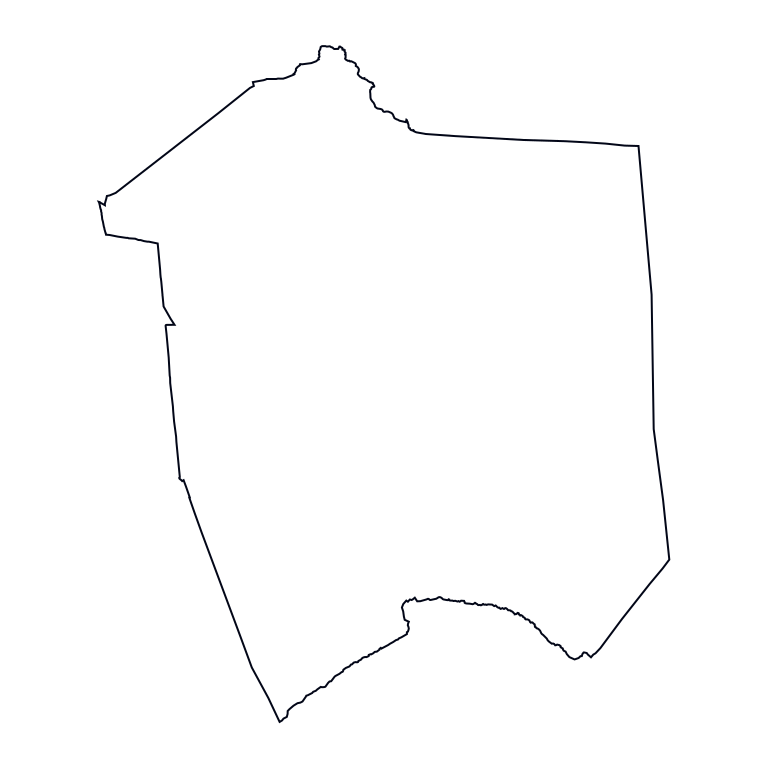 Jurilovca, Tulcea, Romania
{"feature_id": "2599482B31107458884673", "entity_name": "Jurilovca", "entity_type": "district", "adm_level": 2, "iso_a3": "ROU", "parent_name": "Romania", "parent_adm1": "Tulcea", "projection": "albers", "projection_center": [28.891, 44.764], "detail": "fine", "context": "isolated", "style": "outline", "palette": "ink", "viewbox_px": 768, "rotation_deg": 0, "n_neighbors": 0, "source": "geoboundaries", "source_scale": "gbopen_adm2", "svg_char_len": 6009}
<svg xmlns="http://www.w3.org/2000/svg" viewBox="0 0 768 768"><path d="M638.5,146.0L624.7,145.6L605.6,143.6L585.7,142.3L564.9,141.2L523.8,140.0L455.2,136.1L425.8,134.0L416.2,132.3L413.8,131.2L413.8,130.5L413.4,130.1L413.1,130.0L412.6,130.5L412.3,130.5L410.6,129.8L409.9,128.7L409.9,128.4L409.4,128.4L408.7,127.5L408.5,125.8L408.6,125.3L408.3,124.1L407.7,123.1L407.5,122.3L407.7,122.1L406.8,121.3L406.8,120.8L406.9,120.7L406.6,120.3L406.8,120.1L406.7,119.9L406.4,119.7L406.0,121.5L405.7,122.1L399.5,120.7L397.6,119.6L396.7,119.4L394.5,118.2L394.0,117.0L393.6,116.4L393.2,115.1L392.8,114.4L392.0,113.4L390.9,112.7L388.3,111.6L386.2,111.5L384.9,111.8L384.0,111.8L383.1,111.3L382.8,110.5L382.1,109.6L380.7,109.0L377.5,108.5L376.6,108.0L375.1,106.7L374.7,104.9L373.5,102.6L372.4,101.5L370.9,99.3L370.5,97.8L370.3,93.1L370.1,92.1L370.2,89.9L371.0,89.2L371.4,88.4L371.5,87.5L372.4,86.9L373.9,86.8L374.2,86.6L374.3,86.4L374.2,85.9L373.9,85.3L372.6,83.6L372.9,83.2L372.6,82.9L370.8,82.2L370.2,82.3L367.8,80.9L366.9,79.9L364.1,78.8L363.9,78.5L364.0,78.2L363.0,78.4L362.2,78.2L360.8,77.1L360.0,76.7L357.9,74.4L357.8,73.8L357.9,73.0L358.6,71.6L358.8,70.5L358.9,69.2L358.3,68.0L357.3,66.8L355.8,66.0L355.9,64.4L355.6,63.7L355.0,63.1L351.4,61.3L350.1,61.5L349.8,61.0L349.2,60.7L348.1,60.9L346.1,59.8L345.3,59.0L345.1,58.5L345.6,57.5L345.6,55.6L345.7,55.1L345.1,54.7L345.0,54.3L345.5,53.7L345.5,52.6L344.6,51.6L344.5,51.0L344.7,50.3L344.1,50.2L343.9,49.7L342.5,49.7L342.3,48.9L342.5,48.3L342.2,47.9L341.0,47.3L340.2,46.6L339.4,46.6L338.2,48.9L334.3,49.0L333.7,48.7L332.5,47.5L331.3,47.2L329.8,46.3L326.8,46.6L325.2,46.1L322.5,46.1L321.7,46.3L320.7,47.0L320.2,49.4L319.0,51.5L319.4,53.8L318.9,54.5L319.5,56.6L319.2,57.2L318.4,58.1L318.4,58.6L318.8,59.4L317.9,59.8L316.1,61.3L311.3,63.1L302.2,64.3L300.1,64.1L299.9,64.3L299.9,65.3L297.8,66.8L297.1,67.4L296.9,67.9L296.1,68.5L295.9,69.3L295.9,69.9L296.1,70.3L294.6,73.2L293.7,73.9L294.2,74.4L293.7,74.7L285.9,77.8L283.0,78.7L277.9,78.6L276.2,79.0L266.6,79.0L265.8,79.5L263.6,80.2L252.9,82.1L253.8,86.0L250.0,87.9L218.3,113.2L115.7,192.9L109.7,195.4L106.9,196.0L106.3,198.6L104.8,203.8L104.9,205.2L100.4,202.7L99.8,202.1L98.7,201.8L99.2,202.8L100.0,206.2L100.1,207.2L100.7,209.4L101.1,210.1L101.1,211.4L101.6,213.0L101.6,214.7L101.9,215.9L102.2,219.1L102.9,221.6L103.9,226.9L104.2,227.6L104.5,229.3L105.6,233.2L105.8,233.3L106.0,234.7L109.7,235.0L117.7,236.6L126.5,237.9L127.8,237.9L128.7,238.3L135.2,238.7L138.4,240.0L140.7,240.1L144.0,241.1L147.6,241.7L149.0,241.7L157.7,243.5L160.1,269.5L160.4,274.5L160.7,277.6L160.9,278.4L161.3,281.8L162.5,294.9L162.5,295.7L162.6,296.1L163.6,306.5L170.5,318.6L174.5,324.8L166.6,324.9L165.9,325.1L165.7,325.4L165.6,325.8L166.5,333.8L168.7,357.6L169.7,375.6L170.1,377.8L170.2,383.0L172.9,406.4L173.2,411.3L174.1,421.6L176.1,436.6L176.4,441.9L179.8,477.0L179.7,477.5L179.3,477.7L179.3,478.3L179.6,478.8L181.5,480.3L182.2,481.1L183.6,480.2L186.0,486.6L189.8,497.5L189.3,497.6L190.1,500.0L194.7,513.2L201.6,532.4L240.8,637.6L251.8,667.5L268.4,698.1L279.6,721.9L282.0,720.5L283.5,718.6L286.8,716.9L287.6,713.9L287.7,711.0L289.5,709.1L293.5,705.7L297.5,703.2L300.4,702.6L302.5,701.5L305.9,696.6L306.3,695.7L307.7,695.3L312.2,693.0L313.2,691.8L315.8,690.8L317.3,689.4L320.8,686.9L321.9,687.2L324.1,687.1L325.4,686.7L328.1,682.9L329.5,681.5L331.2,681.2L334.5,676.8L335.4,676.0L339.5,673.8L341.6,672.1L342.6,671.8L343.1,671.0L343.4,669.7L345.9,667.9L349.3,666.5L350.0,665.8L350.9,664.6L352.1,664.3L353.7,662.6L355.5,662.1L357.1,662.3L358.0,662.0L358.4,661.0L361.2,659.5L361.8,658.5L363.2,657.5L365.1,657.0L366.4,657.1L367.7,656.6L368.8,655.9L368.8,654.9L370.6,654.2L371.1,654.4L373.2,653.3L374.7,651.9L376.9,651.6L379.5,649.6L379.5,648.9L380.8,647.9L381.4,648.6L388.2,645.0L389.9,643.8L393.2,642.0L396.0,640.1L398.0,639.5L398.9,638.4L401.4,637.3L406.9,634.1L406.9,632.2L407.9,631.6L408.5,629.9L408.8,628.6L408.5,627.0L407.8,625.2L408.1,623.5L408.8,621.7L404.7,619.8L403.9,616.6L403.2,611.4L401.9,607.5L403.3,604.0L406.3,600.6L407.9,601.7L409.9,599.5L411.6,600.0L412.6,599.5L414.8,597.7L417.2,601.3L417.5,601.3L420.3,601.2L426.3,599.5L428.0,598.8L428.8,599.0L429.4,599.6L430.1,600.0L431.0,599.9L436.4,598.7L438.5,597.3L439.4,597.1L440.6,597.3L442.2,598.4L442.6,599.0L443.4,599.4L447.0,600.1L447.9,600.1L448.6,599.3L449.1,599.5L449.0,600.1L449.5,600.4L450.7,600.6L452.5,600.6L453.4,601.0L455.3,600.8L457.4,601.5L458.6,601.1L459.4,601.7L460.3,601.4L461.1,600.7L464.1,600.9L464.2,601.3L464.6,601.9L464.6,602.7L465.2,603.2L466.6,603.5L469.9,603.7L472.6,604.2L473.6,603.9L475.0,602.8L475.5,603.0L475.8,603.5L477.3,604.2L478.0,605.0L478.7,605.1L480.0,604.9L480.9,605.3L482.1,604.8L482.6,604.2L483.2,604.0L484.1,604.7L485.8,604.5L486.3,604.9L486.8,604.9L487.6,604.5L488.4,604.4L492.1,604.6L494.2,606.1L495.7,605.5L497.3,607.1L498.5,607.8L499.4,607.7L499.9,608.4L500.7,608.9L502.5,608.1L503.7,608.9L504.3,608.9L505.2,608.1L506.2,608.3L507.3,609.2L508.1,610.2L510.2,610.4L510.8,610.7L511.1,611.2L512.0,611.4L512.9,612.1L513.8,613.2L514.8,613.8L514.8,614.3L516.2,614.1L517.1,613.6L517.5,612.9L518.2,613.0L518.8,613.4L519.0,614.5L519.7,614.8L520.2,615.5L520.7,615.1L521.3,615.2L522.7,616.1L523.0,616.9L524.5,617.7L525.1,618.5L525.2,619.0L525.7,619.4L527.5,619.4L528.7,619.9L529.4,620.5L530.2,622.2L530.8,622.7L531.9,622.3L532.5,622.5L533.8,623.8L534.7,624.4L534.8,626.0L535.0,626.8L535.4,626.8L535.4,627.1L536.9,628.4L537.4,628.4L538.8,629.3L540.1,630.7L541.3,633.3L542.1,634.2L543.1,634.9L546.8,638.6L547.7,640.3L548.9,641.5L551.8,643.7L553.0,643.5L554.2,644.0L555.2,645.3L556.3,645.1L557.1,644.6L559.3,645.1L560.6,646.1L560.7,646.5L560.5,646.9L560.9,647.4L562.8,648.5L562.9,649.4L563.7,650.7L565.6,651.6L566.8,654.1L569.4,657.1L574.5,659.4L575.3,659.2L578.6,658.0L580.5,656.2L581.8,656.1L582.4,654.1L583.6,652.5L583.9,652.4L586.7,653.0L587.8,654.5L591.0,657.3L593.3,654.6L595.5,653.3L600.4,648.1L622.0,619.0L649.8,583.8L662.6,568.5L669.3,559.6L663.1,500.1L657.9,461.2L653.7,429.1L651.6,294.7L638.5,146.0Z" fill="none" stroke="#020617" stroke-width="2"/></svg>